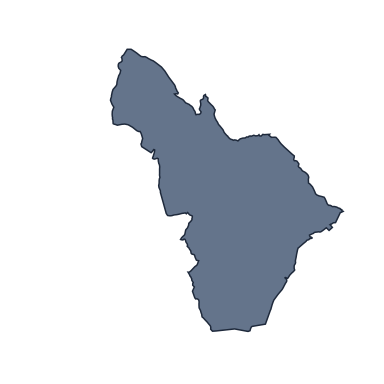 the district of Atempan, Puebla, Mexico, rotated 129°
{"feature_id": "50627088B4363090136249", "entity_name": "Atempan", "entity_type": "district", "adm_level": 2, "iso_a3": "MEX", "parent_name": "Mexico", "parent_adm1": "Puebla", "projection": "albers", "projection_center": [-97.445, 19.802], "detail": "fine", "context": "isolated", "style": "filled", "palette": "slate", "viewbox_px": 384, "rotation_deg": 129, "n_neighbors": 0, "source": "geoboundaries", "source_scale": "gbopen_adm2", "svg_char_len": 5993}
<svg xmlns="http://www.w3.org/2000/svg" viewBox="0 0 384 384"><g transform="rotate(129 192 192)"><path d="M121.9,332.2L128.4,331.4L129.2,331.5L130.0,331.8L131.9,331.5L132.2,330.6L134.0,328.8L136.0,329.0L136.4,329.3L137.4,329.7L138.2,329.9L139.7,329.3L141.0,328.2L142.0,326.6L142.3,324.0L145.1,322.6L147.9,322.1L149.4,321.4L151.1,320.8L153.7,319.5L155.6,318.2L156.9,317.8L158.9,317.8L162.0,317.9L164.6,316.9L165.9,316.2L167.7,315.3L168.7,314.5L170.5,313.9L172.0,313.1L174.2,309.2L175.3,306.1L179.3,304.8L181.8,303.0L183.2,301.7L184.4,300.3L185.3,299.8L185.8,298.8L188.5,296.3L188.3,295.2L187.7,294.0L187.1,292.1L184.6,290.0L183.5,289.1L181.5,287.0L179.9,283.9L179.1,278.9L179.1,273.7L178.9,272.7L178.4,271.2L177.6,270.4L178.6,268.2L180.5,265.4L181.5,264.0L183.9,263.0L186.0,261.9L186.8,261.9L188.4,259.6L187.2,248.5L185.5,248.3L183.1,248.5L182.7,247.7L183.3,247.1L185.2,246.0L187.4,245.2L188.8,244.5L189.7,244.4L190.6,243.9L190.6,242.9L190.0,241.8L187.7,240.3L187.4,239.2L189.3,237.5L190.7,235.8L191.3,234.5L192.8,232.9L194.5,231.7L198.2,228.7L199.3,227.9L201.0,226.0L202.2,225.7L203.7,224.8L205.6,223.3L206.5,222.7L207.9,222.0L209.3,220.5L210.9,217.4L212.3,216.2L224.9,198.5L225.6,196.2L224.5,194.3L223.5,193.2L222.7,192.5L221.8,192.0L220.8,191.2L219.2,189.6L217.9,188.5L214.8,186.2L213.8,185.2L212.5,184.1L212.5,182.7L210.7,182.5L211.1,180.5L211.2,179.0L210.7,177.8L210.5,176.6L211.7,175.7L212.6,175.4L213.5,174.6L215.5,174.5L218.3,174.8L220.1,173.7L221.8,173.2L223.0,172.9L224.2,173.0L225.5,173.0L229.1,171.1L230.4,170.8L232.0,171.1L234.1,171.3L236.1,171.0L235.8,170.2L235.4,169.6L235.0,168.9L234.5,168.7L233.7,168.6L233.2,167.9L233.3,167.3L233.8,166.4L234.5,165.5L234.9,164.7L235.2,163.4L235.8,162.4L236.3,161.8L237.1,161.7L237.1,161.4L237.4,160.3L237.4,159.2L238.1,157.7L238.4,156.2L239.1,155.3L240.1,154.2L240.3,153.0L239.4,151.1L239.6,150.1L240.9,148.3L242.2,145.7L242.0,145.1L241.2,143.6L243.2,142.9L244.9,142.3L246.1,142.2L248.2,142.8L252.4,143.1L254.0,143.2L255.7,143.6L256.3,143.9L256.8,144.6L257.8,141.9L258.5,140.8L258.8,139.3L259.1,138.9L259.7,137.5L260.6,136.8L261.1,135.6L261.6,134.0L262.7,133.8L264.0,132.8L264.3,130.4L268.8,129.2L272.4,123.4L272.6,122.8L272.8,121.8L272.0,121.1L271.6,120.3L271.7,118.8L272.4,117.9L273.1,117.2L274.4,116.3L275.6,115.3L277.6,113.5L278.7,110.9L280.0,109.1L281.0,107.4L282.2,106.2L282.8,105.3L282.7,104.1L283.2,101.0L283.5,98.5L284.1,95.7L284.4,93.7L285.2,92.4L286.9,91.1L287.3,88.5L284.9,85.9L271.6,72.7L265.1,60.7L263.3,59.6L261.3,60.5L259.7,60.9L258.6,60.7L248.5,51.8L234.8,56.6L234.0,56.8L233.8,56.8L229.2,58.8L226.7,59.7L224.4,60.4L221.6,60.5L218.0,60.7L216.2,60.7L211.4,60.6L210.4,60.7L208.5,61.0L206.8,61.4L205.1,61.7L204.4,61.9L203.1,62.0L202.3,62.1L201.7,62.3L201.1,62.7L200.7,63.2L200.5,63.6L200.3,64.2L200.2,64.8L200.2,65.7L200.0,65.8L199.8,65.7L199.6,65.5L199.3,64.3L199.2,63.7L199.0,63.4L198.7,63.3L197.4,63.4L195.1,63.7L193.6,63.6L192.2,63.5L191.2,63.3L189.8,63.1L188.0,63.1L187.2,64.4L185.7,65.7L184.5,66.4L184.1,66.5L182.7,66.6L182.1,66.9L181.5,67.2L180.6,68.2L179.4,68.9L177.4,69.9L174.6,71.5L170.3,73.7L168.7,74.3L168.4,74.1L167.1,73.9L162.0,73.0L159.1,72.4L158.5,72.3L157.6,72.4L157.1,72.3L155.5,71.2L154.3,71.2L153.9,71.0L153.5,70.4L152.2,69.7L152.0,69.9L152.0,70.6L152.1,71.0L152.3,71.5L152.5,72.1L152.3,72.5L152.0,73.1L151.5,73.6L150.4,73.0L149.5,72.6L147.7,71.6L146.5,71.5L146.2,71.3L145.6,70.8L144.5,69.7L143.1,68.4L142.9,67.8L142.4,67.2L141.8,66.8L139.9,66.2L135.3,65.1L135.6,61.3L131.2,60.6L130.8,62.5L130.6,63.4L130.6,64.1L130.4,64.0L129.9,64.0L129.9,63.7L126.9,62.7L126.5,62.4L125.9,61.5L125.4,61.2L114.6,63.8L114.2,63.4L111.9,62.3L111.9,62.7L112.1,63.0L112.2,63.8L111.6,64.2L111.5,64.3L111.5,64.5L111.6,65.0L112.0,65.6L112.0,65.9L111.9,66.0L111.7,66.3L111.7,66.9L112.3,67.9L112.5,69.4L112.8,70.4L113.2,71.1L113.3,71.4L113.4,71.7L113.9,72.5L114.3,72.9L115.0,73.7L115.1,74.4L115.1,74.9L115.3,76.0L115.5,76.2L115.6,76.6L116.3,77.3L116.3,78.5L116.0,79.7L115.1,81.2L113.5,84.3L112.9,86.0L113.9,88.4L115.1,90.9L115.7,93.1L115.6,94.9L114.5,96.8L113.3,99.2L112.2,101.6L111.6,105.1L111.7,107.1L109.0,109.5L107.0,110.6L105.9,112.4L105.5,114.5L105.5,116.4L106.1,119.6L105.2,122.6L105.4,123.5L105.5,124.4L105.0,125.7L103.8,126.1L102.9,126.6L102.0,129.8L102.4,131.1L103.3,132.2L102.7,133.5L100.7,134.4L99.6,135.2L99.6,138.1L99.1,146.7L99.0,148.5L98.6,152.3L98.5,153.2L97.9,155.8L97.2,157.9L96.7,161.1L97.2,162.0L97.9,162.8L99.6,164.8L99.5,165.2L99.5,168.0L98.3,168.0L102.1,172.1L102.6,173.2L105.0,173.5L105.8,174.7L105.3,176.0L106.5,176.1L108.3,177.7L109.0,179.7L111.5,181.1L111.4,181.3L111.8,182.0L112.7,182.8L113.5,182.8L114.0,183.0L114.7,184.1L115.4,184.4L116.2,184.5L116.7,184.9L118.2,186.5L120.4,188.0L121.9,188.3L123.1,188.3L123.5,188.7L123.7,189.8L124.4,191.2L125.1,192.1L125.4,192.2L125.7,192.5L125.8,192.5L126.0,193.6L126.2,194.3L126.6,194.9L126.7,195.4L126.7,195.9L126.7,197.0L126.3,199.2L126.1,199.5L126.2,200.4L125.7,203.4L125.4,204.6L124.2,206.9L123.9,208.1L123.1,211.9L122.8,214.0L121.8,215.9L121.1,218.1L120.0,220.6L118.9,222.3L117.6,223.9L113.6,225.6L113.3,227.0L112.6,228.4L112.2,230.1L112.1,231.9L111.8,234.3L111.6,236.0L111.2,237.3L108.9,238.7L108.8,240.6L109.1,241.5L108.3,242.2L107.8,242.9L109.3,243.5L110.1,243.4L111.0,242.8L111.6,242.2L112.5,242.0L113.4,242.2L114.8,243.0L115.6,243.1L116.5,242.4L117.7,240.9L119.1,239.8L121.9,238.7L122.7,238.6L123.3,237.9L123.7,236.4L124.0,235.4L124.8,235.0L125.6,234.8L127.0,235.1L128.5,237.0L129.4,237.5L129.0,238.6L128.2,239.4L127.5,240.5L127.0,242.2L126.0,244.2L125.6,246.0L125.8,248.3L125.7,249.2L126.0,250.4L126.7,253.1L126.0,256.6L126.1,258.0L126.6,260.2L126.9,262.4L127.1,263.9L127.2,265.3L126.9,267.3L125.7,266.3L124.8,264.8L123.6,265.0L123.0,267.1L122.0,268.9L121.7,269.9L120.5,271.4L119.7,273.1L119.0,275.9L117.4,282.3L115.1,289.2L114.1,294.4L114.3,302.1L114.5,304.8L115.0,306.3L115.7,309.8L115.9,311.8L116.4,313.7L117.7,315.1L118.7,316.9L118.8,319.5L118.8,322.2L119.0,325.2L119.4,329.1L121.9,332.2Z" fill="#64748b" stroke="#1e293b" stroke-width="1.5"/></g></svg>